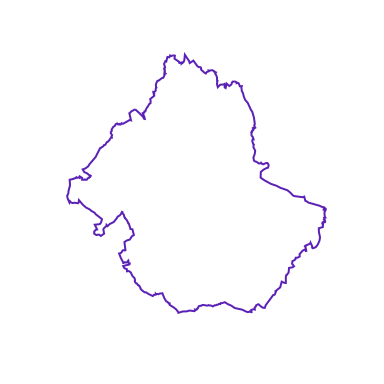 Manastireni, Cluj, Romania, rotated 68°
{"feature_id": "2599482B68229257959146", "entity_name": "Manastireni", "entity_type": "district", "adm_level": 2, "iso_a3": "ROU", "parent_name": "Romania", "parent_adm1": "Cluj", "projection": "robinson", "projection_center": [23.092, 46.785], "detail": "fine", "context": "isolated", "style": "outline", "palette": "violet", "viewbox_px": 384, "rotation_deg": 68, "n_neighbors": 0, "source": "geoboundaries", "source_scale": "gbopen_adm2", "svg_char_len": 6034}
<svg xmlns="http://www.w3.org/2000/svg" viewBox="0 0 384 384"><g transform="rotate(68 192 192)"><path d="M298.9,249.9L299.3,245.3L300.7,241.7L301.0,238.6L303.4,234.4L302.9,233.3L302.2,233.2L302.8,232.5L302.7,231.5L302.0,231.0L302.1,230.3L300.5,228.6L300.6,226.7L301.0,226.2L300.7,224.8L300.9,223.9L303.1,220.4L303.1,218.9L303.7,218.5L304.3,217.0L305.9,215.5L305.5,213.4L306.0,212.5L305.8,211.4L306.2,210.5L305.9,208.9L306.5,207.9L305.8,207.1L306.2,206.5L306.5,202.8L309.3,200.9L312.0,198.2L315.6,195.8L320.0,189.4L323.1,186.7L324.2,185.3L324.5,184.3L324.3,183.2L325.6,182.2L325.7,181.8L323.5,181.2L323.8,178.6L324.5,177.8L322.5,177.1L322.2,175.9L321.0,174.8L320.9,172.5L324.7,170.5L326.0,169.4L326.7,167.9L324.6,166.1L318.0,155.4L318.2,154.0L317.7,153.3L315.8,151.5L315.2,151.7L313.5,146.0L308.7,142.4L310.6,140.7L311.5,139.1L305.4,136.6L304.2,135.5L304.4,135.1L302.8,132.6L298.7,130.4L299.5,127.0L299.1,125.2L296.0,126.1L293.7,124.7L293.6,122.6L293.1,121.3L292.2,120.9L291.8,120.4L292.4,119.0L292.2,116.3L289.9,115.5L287.8,111.3L287.6,109.0L287.9,108.2L289.3,108.6L289.4,108.1L285.7,107.4L283.9,108.0L284.7,107.3L284.6,106.7L284.2,106.6L284.2,103.0L283.9,101.5L283.4,101.1L287.3,100.9L288.6,101.5L289.5,100.9L289.5,97.9L288.0,95.3L285.2,92.3L282.1,90.3L276.6,89.3L273.1,88.0L273.5,83.8L269.7,82.0L269.7,82.8L269.3,82.6L269.0,82.1L269.0,81.1L269.8,80.2L269.7,79.8L269.0,79.5L267.5,79.9L267.6,79.4L265.5,79.3L265.7,77.9L264.5,78.1L262.4,77.5L260.1,76.6L259.4,75.5L258.9,75.8L258.6,75.3L258.1,75.7L257.9,75.4L257.5,75.5L257.4,76.4L256.9,76.1L257.2,75.9L257.0,75.5L258.2,74.6L258.0,74.3L255.9,75.1L254.1,77.5L252.5,78.9L245.4,88.1L243.7,89.1L242.7,90.2L238.3,89.7L238.3,91.3L234.1,98.7L233.2,99.6L229.4,101.1L226.1,102.9L221.2,108.5L217.9,111.3L214.0,115.8L208.4,120.4L204.4,123.0L199.2,120.7L198.1,117.4L197.7,113.7L198.0,112.7L196.6,111.3L195.5,110.8L193.5,111.1L192.9,112.3L193.0,115.6L192.0,116.6L190.7,117.0L191.0,117.9L190.8,119.1L188.3,120.8L187.3,122.0L186.1,122.8L183.0,122.1L180.4,119.7L177.3,117.9L173.6,118.3L171.2,117.2L171.1,116.9L169.9,117.3L167.2,117.0L166.0,116.1L166.3,115.2L163.9,115.0L162.1,115.6L160.1,115.1L158.9,113.9L158.6,114.3L158.1,113.7L158.5,113.6L157.7,112.9L157.6,112.1L156.9,111.4L156.5,111.6L156.4,111.0L156.0,112.0L156.1,111.2L155.7,111.3L155.8,110.5L155.4,110.6L155.4,109.4L153.4,109.3L153.0,108.6L151.4,108.0L146.3,106.7L140.2,106.1L137.6,106.6L130.4,106.9L126.4,108.2L123.1,108.2L119.2,107.7L117.0,108.0L113.4,107.0L112.5,106.2L111.9,108.0L108.8,108.0L107.8,108.7L107.8,109.9L107.1,109.7L106.0,110.3L104.9,112.7L105.2,113.6L107.1,115.3L107.7,117.7L104.5,119.3L108.2,121.9L107.3,122.5L104.0,121.4L104.1,122.5L103.1,125.7L104.5,128.8L101.2,128.4L98.5,126.8L98.3,127.1L95.2,125.9L92.7,125.8L91.0,126.2L90.1,125.0L88.7,126.4L88.3,126.2L86.6,127.6L86.0,130.4L85.5,131.1L86.4,131.3L86.2,133.1L87.3,134.8L86.0,135.8L82.0,137.7L80.0,137.1L79.2,137.8L78.7,139.0L77.2,139.9L70.7,141.5L71.6,145.8L69.3,145.7L62.1,147.2L67.2,149.9L68.5,151.4L69.0,153.3L68.1,152.7L67.9,154.8L67.3,155.5L66.6,155.1L61.8,158.3L59.2,156.8L58.3,158.3L58.1,160.9L57.3,161.2L58.6,162.6L57.6,164.2L61.4,167.0L60.7,167.7L62.9,170.0L65.3,170.1L66.0,170.6L66.6,170.4L67.3,171.7L68.5,171.8L68.8,171.5L69.6,172.2L70.2,172.0L70.9,172.7L72.3,172.2L72.3,173.6L73.5,173.8L75.3,175.8L75.1,176.3L75.3,178.0L76.3,181.5L76.0,182.1L76.3,182.9L78.6,185.1L81.2,186.1L81.9,185.9L82.5,186.9L84.5,187.7L85.2,189.5L84.6,190.3L85.5,190.7L86.7,190.2L87.3,190.9L88.2,190.7L88.7,191.1L90.1,195.9L92.0,196.2L94.2,197.3L94.2,198.0L94.7,199.2L96.1,200.7L96.8,202.1L98.8,204.4L99.8,205.0L99.4,205.9L100.6,206.9L100.4,208.1L105.0,208.1L106.6,208.4L106.2,209.0L103.9,209.2L99.5,211.1L94.9,213.3L94.1,214.4L94.6,218.4L95.4,219.7L95.5,220.6L102.7,221.7L101.9,222.6L102.9,230.5L101.8,231.6L102.7,232.8L102.5,233.6L101.6,234.0L101.7,235.2L100.4,235.7L100.6,237.6L101.6,238.3L102.2,240.7L103.9,243.1L105.3,243.5L106.1,244.9L107.1,245.2L109.4,244.8L110.2,245.7L111.5,245.9L111.2,246.6L112.4,248.6L113.1,249.2L113.4,250.4L113.9,251.1L113.9,252.4L115.6,254.5L115.8,255.4L115.5,255.9L116.4,257.2L116.7,259.3L117.1,260.3L116.9,260.8L123.5,268.3L127.9,276.8L129.3,278.6L130.2,282.0L130.1,284.9L133.3,284.4L135.1,282.5L138.2,280.8L138.4,280.2L139.1,279.8L139.9,280.8L139.7,281.5L140.3,282.2L140.2,283.4L141.1,284.7L140.9,286.0L140.2,286.6L140.3,287.6L139.7,288.2L139.5,289.2L137.7,288.6L135.6,290.2L136.9,290.9L135.9,291.8L135.8,293.2L135.0,293.7L135.6,294.7L135.2,296.0L135.5,296.7L134.8,300.8L140.3,302.7L144.8,306.1L146.8,307.1L149.0,309.3L151.4,309.7L155.9,309.6L154.9,308.6L156.4,308.1L157.6,306.7L157.9,305.0L159.7,302.0L159.2,301.0L157.2,299.9L163.1,297.9L166.7,296.1L169.8,293.4L172.1,292.2L174.5,290.2L176.6,289.6L183.1,285.8L183.6,285.7L186.0,287.6L187.1,289.0L187.0,290.6L185.9,294.4L191.2,294.0L191.1,295.5L191.9,297.4L194.0,298.3L196.1,296.8L196.4,294.8L197.0,293.9L198.6,293.0L197.7,289.1L193.4,288.2L192.6,287.2L191.5,284.2L190.5,283.6L192.0,283.1L190.9,280.4L190.5,275.7L188.2,271.7L187.0,270.2L186.7,267.9L185.7,266.0L184.2,264.4L184.6,264.0L186.0,264.4L187.4,263.7L189.5,264.1L190.7,263.7L191.1,264.0L193.1,263.1L196.6,262.7L197.2,262.9L197.8,262.4L203.3,262.9L204.3,261.2L210.1,262.0L210.6,264.4L212.8,267.5L212.5,270.6L213.1,273.4L221.0,275.5L221.0,276.3L220.2,277.5L220.2,278.2L221.4,279.7L221.9,280.9L221.7,282.6L226.7,282.7L230.9,282.2L232.8,282.5L232.0,281.9L231.9,280.6L232.7,279.6L232.9,278.7L231.7,276.8L232.4,276.8L233.3,277.5L234.6,277.0L234.9,276.5L235.7,277.1L235.7,277.5L234.8,283.5L236.6,283.4L237.6,283.0L239.1,281.3L241.2,282.0L241.6,280.2L243.6,278.9L247.5,278.7L250.5,277.5L252.6,277.9L253.0,278.4L254.4,278.5L255.9,277.9L256.1,277.4L258.0,277.0L258.2,276.6L259.2,276.3L259.3,276.0L262.0,275.7L262.4,276.0L264.2,275.3L267.3,273.5L267.9,272.1L270.2,270.6L273.8,267.3L273.1,265.8L273.6,264.2L273.0,263.9L273.4,263.8L273.3,262.7L274.2,261.5L274.1,260.0L274.8,257.4L280.3,257.4L283.7,256.9L284.7,255.9L286.7,255.2L286.8,254.5L288.3,255.0L292.3,252.1L294.8,250.7L297.8,249.8L298.9,249.9Z" fill="none" stroke="#5b21b6" stroke-width="2"/></g></svg>